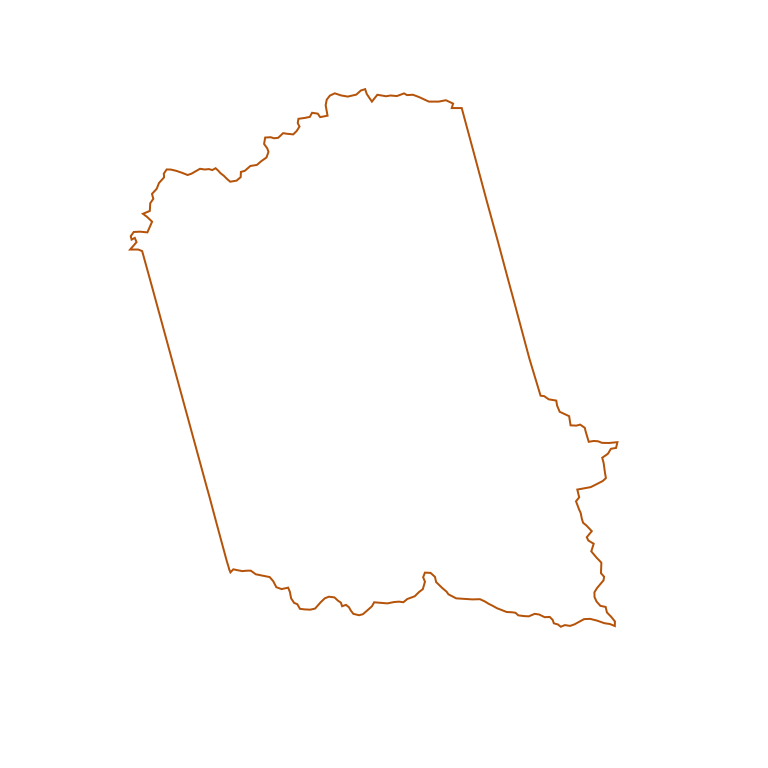 outline of Rolim de Moura, Rondônia, Brazil, rotated 255°
{"feature_id": "56859067B5137929458601", "entity_name": "Rolim de Moura", "entity_type": "district", "adm_level": 2, "iso_a3": "BRA", "parent_name": "Brazil", "parent_adm1": "Rondônia", "projection": "robinson", "projection_center": [-61.8, -11.741], "detail": "fine", "context": "isolated", "style": "outline", "palette": "amber", "viewbox_px": 768, "rotation_deg": 255, "n_neighbors": 0, "source": "geoboundaries", "source_scale": "gbopen_adm2", "svg_char_len": 3186}
<svg xmlns="http://www.w3.org/2000/svg" viewBox="0 0 768 768"><g transform="rotate(255 384 384)"><path d="M267.4,594.4L268.8,586.0L270.7,579.4L273.3,575.9L274.7,571.8L275.2,566.8L285.5,566.5L289.7,566.6L294.0,563.0L294.0,559.0L295.8,553.5L305.0,554.5L311.7,546.5L318.5,545.6L323.4,546.1L326.6,539.1L330.8,535.6L332.2,532.2L371.1,531.0L410.6,531.0L431.5,531.0L450.9,530.9L492.2,530.9L534.9,530.6L578.8,530.6L620.1,530.5L630.4,530.5L633.0,520.9L637.0,523.3L642.1,517.2L642.6,510.0L645.2,500.4L652.1,492.1L655.9,486.8L657.1,481.0L659.5,478.6L658.8,471.0L661.0,464.9L661.4,460.5L665.1,452.4L659.9,445.4L663.9,444.0L668.7,442.4L673.7,442.1L673.5,437.7L670.7,432.1L671.0,423.4L673.8,417.3L677.5,411.7L676.6,406.4L673.5,402.3L668.4,399.8L657.8,398.9L658.3,391.4L662.3,390.0L664.6,384.7L661.2,381.5L661.5,376.5L662.3,370.0L658.3,368.2L654.5,369.0L650.9,365.0L648.6,360.9L650.8,355.1L652.4,351.5L649.2,345.5L649.8,341.4L651.7,338.4L652.8,333.0L646.9,330.3L641.9,332.2L638.1,332.5L633.2,329.1L631.2,323.6L628.5,317.8L629.2,311.4L625.9,304.6L625.9,300.7L620.9,299.1L618.6,294.2L619.2,287.8L622.4,285.6L626.4,283.3L630.0,280.6L633.0,279.1L636.0,277.2L635.1,273.5L636.9,270.5L637.6,266.3L639.5,262.0L637.0,252.5L636.7,248.4L640.2,243.7L643.8,238.3L646.3,233.6L647.5,229.6L644.2,225.8L640.5,225.0L636.4,218.7L631.3,214.9L627.7,209.1L622.6,209.1L619.1,205.0L611.8,202.6L610.8,195.2L606.6,198.5L600.8,202.0L591.7,194.7L594.3,187.7L595.6,181.6L592.3,177.6L588.8,177.6L589.6,181.1L585.1,181.7L579.6,173.6L577.5,181.4L575.0,184.8L537.2,185.1L494.6,185.3L454.2,185.5L413.8,185.7L373.7,185.9L330.6,186.1L321.2,186.2L290.7,186.2L253.2,186.3L248.4,186.5L245.0,186.5L241.8,186.9L244.0,190.5L242.1,194.2L239.9,198.8L239.3,202.6L238.2,207.0L233.4,210.9L230.6,216.5L227.1,223.6L222.1,226.0L215.6,227.4L212.4,232.0L212.1,238.7L207.5,239.3L201.0,238.8L195.9,240.5L193.7,243.3L188.6,244.6L186.9,248.8L185.1,254.4L184.9,259.3L189.5,266.2L192.3,271.3L192.8,275.7L190.7,280.9L186.7,283.4L183.9,285.8L180.2,286.0L180.5,290.1L177.4,292.4L174.1,293.2L169.9,294.9L167.1,300.1L167.1,304.1L169.5,309.0L172.4,314.8L175.7,318.0L171.2,330.5L170.8,337.2L169.9,342.1L168.2,346.2L170.3,350.9L171.0,358.7L174.0,364.0L175.8,368.4L182.4,372.4L187.2,371.8L191.2,374.7L189.5,380.1L184.5,383.3L179.2,383.1L172.6,387.0L167.2,390.7L164.2,391.8L158.3,398.2L153.1,413.5L151.3,421.0L147.8,425.2L144.9,427.9L141.7,431.5L138.0,435.3L136.0,438.1L132.0,443.5L130.4,448.5L129.0,451.8L125.8,453.8L123.6,459.1L122.1,463.7L123.0,470.1L121.2,474.2L117.2,478.8L116.1,483.8L112.4,485.9L108.9,486.1L106.7,489.8L103.8,491.9L104.3,496.3L102.2,501.1L102.5,505.6L105.1,516.4L103.8,522.3L100.3,528.6L95.9,535.0L93.7,540.1L90.5,544.3L94.9,545.6L100.1,543.3L105.7,540.2L111.3,540.4L113.7,535.6L118.9,533.0L123.6,532.2L128.3,533.3L131.8,537.0L137.6,545.3L140.9,546.7L145.1,544.6L151.5,546.6L155.2,547.7L161.4,544.3L168.7,540.9L175.4,545.2L179.9,540.9L183.5,540.2L188.1,546.6L195.1,542.8L198.4,540.4L202.4,540.2L208.5,540.6L212.1,540.0L221.0,539.1L224.0,543.2L232.0,543.4L230.9,557.0L232.2,563.4L233.7,570.2L235.7,574.0L241.4,574.5L250.8,575.7L256.3,575.7L258.7,582.3L262.7,586.4L262.2,591.6L267.4,594.4Z" fill="none" stroke="#b45309" stroke-width="2"/></g></svg>